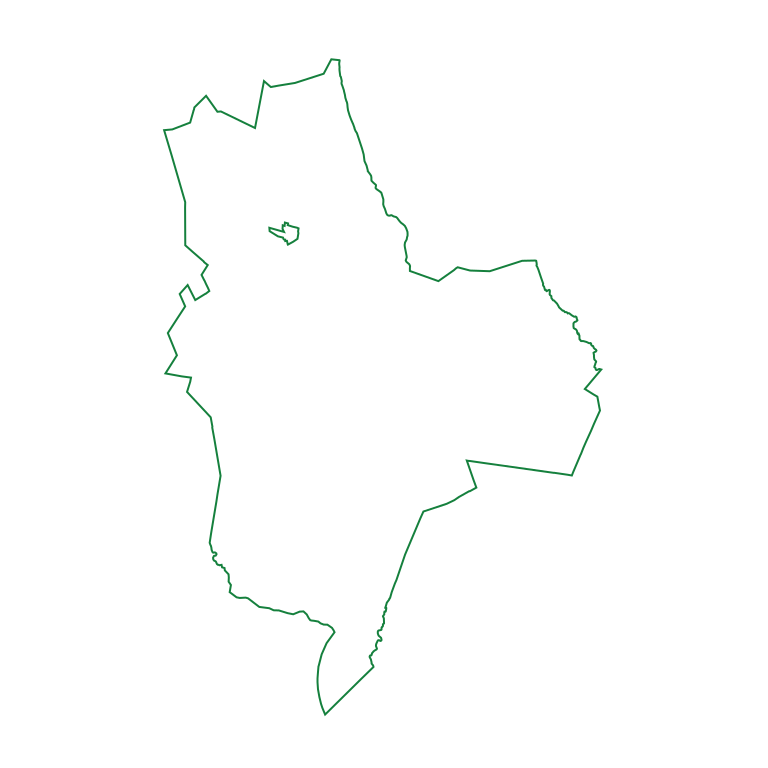 Gwanda, Matabeleland South, Zimbabwe, rotated 357°
{"feature_id": "62879985B81037274427079", "entity_name": "Gwanda", "entity_type": "district", "adm_level": 2, "iso_a3": "ZWE", "parent_name": "Zimbabwe", "parent_adm1": "Matabeleland South", "projection": "equal_earth", "projection_center": [29.396, -21.277], "detail": "fine", "context": "isolated", "style": "outline", "palette": "green", "viewbox_px": 768, "rotation_deg": 357, "n_neighbors": 0, "source": "geoboundaries", "source_scale": "gbopen_adm2", "svg_char_len": 6127}
<svg xmlns="http://www.w3.org/2000/svg" viewBox="0 0 768 768"><g transform="rotate(357 384 384)"><path d="M601.7,380.9L600.0,380.3L599.5,380.3L597.7,381.1L597.3,381.2L596.7,381.1L596.2,380.3L596.0,379.0L595.0,378.2L595.1,377.3L596.0,375.3L596.2,374.4L596.9,373.2L597.0,372.6L596.6,372.0L595.7,371.0L595.3,370.3L595.1,367.9L595.2,366.1L595.0,364.8L594.9,363.8L595.8,363.2L597.2,362.7L597.4,362.5L597.9,361.8L597.8,361.5L597.5,360.9L596.2,359.9L595.5,359.1L595.3,358.8L595.0,357.6L594.8,357.1L593.9,356.8L593.1,355.9L592.9,355.5L592.9,354.4L592.5,354.0L592.3,353.9L591.4,354.0L591.0,354.0L588.4,352.6L585.4,351.6L583.0,351.4L582.6,350.9L582.3,350.1L581.8,349.9L581.6,349.5L581.6,347.8L581.7,346.1L581.2,344.4L581.0,343.9L580.4,344.4L580.1,344.1L579.6,342.9L579.6,341.5L579.3,340.8L578.8,339.8L577.8,339.0L577.4,338.9L576.4,338.1L576.2,336.4L576.4,333.4L576.7,332.9L577.7,332.0L579.0,331.7L579.8,331.1L580.3,330.8L580.5,330.5L580.2,329.6L579.8,328.6L579.9,328.2L579.7,327.3L578.9,326.6L578.1,326.8L577.3,326.7L575.2,325.3L572.7,323.1L571.8,322.9L571.2,323.1L570.7,322.3L570.3,322.1L570.1,321.9L569.5,321.7L568.4,321.7L567.6,320.6L567.1,320.2L566.2,320.1L562.9,316.7L562.2,315.1L561.0,312.8L558.1,309.5L557.1,309.2L556.6,308.3L555.9,307.3L555.7,306.9L555.7,305.0L554.4,303.8L554.1,303.0L554.5,300.1L554.5,299.5L554.3,298.9L554.1,298.7L553.6,298.7L552.1,299.4L551.4,299.8L551.2,299.8L550.9,299.4L550.5,298.4L550.1,298.3L549.7,298.4L549.6,298.2L548.9,295.1L548.3,294.4L548.0,293.6L548.0,292.9L548.2,292.1L548.1,291.8L546.4,286.0L544.2,278.0L543.0,274.6L542.7,274.3L542.5,273.6L542.5,273.3L542.8,272.7L542.7,270.9L542.4,268.9L541.9,268.7L541.0,268.6L528.4,268.2L495.5,276.9L475.9,275.2L463.7,271.3L462.0,272.2L459.9,273.9L443.7,284.1L415.8,272.5L415.9,269.8L416.2,267.6L416.0,266.9L415.5,265.7L413.1,263.5L412.7,263.0L412.2,261.9L412.2,261.6L413.3,258.8L413.3,257.5L412.0,248.4L411.9,246.7L411.9,246.2L412.4,243.8L414.2,240.9L414.8,238.3L415.1,237.7L415.3,236.9L415.4,235.3L415.4,233.3L414.2,229.4L413.8,228.8L413.6,228.2L413.1,227.2L411.3,225.4L409.8,224.2L409.1,223.5L407.7,221.7L405.8,218.8L404.8,217.9L402.3,217.1L400.5,215.9L399.9,215.8L398.6,216.2L397.1,216.0L396.1,215.3L395.6,214.4L395.3,213.8L394.1,209.2L393.0,206.4L392.6,204.4L392.9,202.0L393.0,200.0L393.0,199.5L391.4,193.0L391.0,192.4L390.6,192.3L390.2,191.7L386.7,189.0L385.9,187.9L385.9,187.7L385.9,187.2L386.4,185.6L386.3,184.7L383.8,182.3L382.2,180.4L382.1,179.8L382.2,177.0L382.0,175.4L381.2,173.9L378.9,170.5L379.0,169.9L378.0,165.0L376.2,160.4L375.7,153.7L374.4,147.8L370.1,132.1L368.8,129.8L367.9,127.3L368.0,127.0L366.6,122.3L366.5,122.2L365.0,118.2L363.7,114.1L362.4,108.8L362.1,105.6L362.0,102.5L361.7,100.6L361.3,99.7L360.4,96.2L360.1,93.2L359.4,89.6L359.3,88.6L357.8,83.3L357.5,82.7L357.3,81.3L357.7,79.3L357.0,75.1L356.5,74.4L356.4,74.0L356.0,68.7L356.0,66.9L356.2,65.4L356.0,62.1L356.1,61.0L356.6,58.8L356.6,58.6L356.5,58.3L348.4,57.0L340.0,71.0L310.9,78.7L294.4,80.5L286.5,81.5L280.0,75.2L268.6,121.6L235.4,103.3L231.9,103.4L221.4,86.9L209.1,97.9L208.6,100.0L208.0,101.2L208.0,101.4L204.1,112.8L185.9,118.7L177.7,119.0L183.9,144.6L195.0,192.0L194.6,197.3L192.8,235.1L199.7,241.9L210.5,252.3L210.7,252.9L214.2,256.0L207.5,265.5L209.9,271.0L210.1,271.2L211.5,274.8L213.3,279.0L214.4,282.0L210.6,284.6L210.3,284.6L199.9,290.3L193.1,274.9L184.7,283.4L189.5,296.1L180.5,308.4L170.8,321.8L178.7,344.5L166.3,362.0L182.4,365.8L191.6,367.5L190.6,371.6L186.9,381.6L209.2,408.2L210.4,417.6L210.2,418.5L211.7,430.2L216.0,467.1L211.9,485.6L210.5,492.5L203.6,523.7L201.6,533.5L202.3,535.8L202.6,536.3L203.0,538.1L203.2,540.7L203.9,542.8L204.3,543.3L204.6,543.5L206.0,543.3L206.7,543.5L207.7,544.4L207.8,545.4L206.9,546.6L205.4,546.7L205.1,546.9L204.2,548.6L204.3,549.9L204.4,550.4L205.1,551.5L206.5,552.2L207.1,553.1L207.2,553.6L207.7,555.0L208.3,555.6L208.8,555.9L209.4,555.9L210.2,556.4L212.3,556.1L212.7,558.6L215.1,559.4L215.3,561.8L218.8,565.9L218.9,569.1L218.5,573.3L220.6,576.7L219.0,583.8L225.6,589.3L228.7,590.1L234.7,590.1L237.0,590.9L247.8,600.1L257.7,601.9L262.0,604.2L267.1,604.6L275.8,607.8L281.3,609.2L287.9,606.9L291.7,606.9L294.8,610.1L296.6,613.9L296.8,614.2L298.0,616.0L299.2,616.4L301.7,616.8L306.0,617.8L308.1,619.7L311.2,621.1L314.9,621.4L319.3,624.8L320.8,627.4L321.6,629.3L313.1,639.8L307.6,650.7L304.0,662.2L303.8,662.5L302.9,669.0L302.2,674.5L302.0,678.4L302.1,685.3L303.1,693.3L304.4,700.2L305.5,704.2L307.9,711.0L345.7,677.4L358.7,666.0L358.4,664.5L357.0,662.6L357.0,661.2L356.5,658.4L355.4,656.0L355.4,655.4L355.7,654.7L356.0,654.4L356.5,654.3L356.9,654.4L357.2,654.2L357.5,653.8L357.9,652.3L359.4,650.7L359.5,650.5L361.0,649.5L362.5,648.8L363.0,648.2L363.1,647.8L362.3,645.4L362.3,644.4L362.6,643.4L362.8,642.8L364.2,640.2L364.8,639.6L365.3,639.6L365.9,639.7L366.2,640.0L367.1,640.4L367.8,640.1L368.1,639.6L368.1,638.9L367.8,637.4L367.3,636.8L365.7,635.3L365.4,634.9L364.8,632.9L364.8,631.2L365.1,630.4L365.6,629.9L368.2,629.5L368.5,629.3L368.7,628.9L368.8,627.3L369.1,626.7L369.5,626.6L370.0,626.0L370.3,625.5L370.3,624.3L370.5,623.9L370.7,623.5L371.3,623.3L371.5,623.0L371.6,618.2L371.2,616.8L370.9,616.4L370.8,615.8L372.2,614.1L372.3,612.3L372.5,611.5L372.6,611.3L372.9,611.3L373.3,611.5L373.5,611.5L373.8,611.2L374.5,608.6L374.5,607.5L374.4,607.4L374.1,607.3L374.0,607.6L373.6,607.6L373.6,607.2L374.0,606.5L375.4,602.5L378.0,599.4L378.1,598.7L378.9,597.9L380.8,592.3L384.4,583.9L386.2,580.3L396.1,555.5L413.3,520.0L416.7,513.4L440.4,506.9L448.1,503.7L453.0,500.7L463.5,495.5L464.0,495.6L470.8,492.3L468.5,484.9L462.7,464.8L464.3,465.2L465.3,465.3L480.5,468.3L548.8,481.6L549.4,481.6L562.5,484.2L566.8,485.2L568.2,482.1L576.6,464.9L577.0,464.3L579.8,458.1L582.7,452.3L588.3,441.6L591.7,434.6L598.3,421.8L597.8,418.5L596.4,407.8L592.7,405.4L584.3,399.5L601.7,380.9ZM293.0,220.9L293.5,217.6L296.6,218.6L296.2,220.3L300.9,222.1L305.4,223.4L306.8,224.1L306.2,227.0L306.4,229.0L305.2,234.5L300.7,237.2L295.3,239.8L295.2,239.6L294.6,236.0L292.9,236.1L292.9,234.7L291.9,234.6L291.3,234.1L290.8,232.5L285.8,231.0L277.8,225.4L277.7,222.0L292.1,226.9L290.8,223.8L291.2,220.2L293.0,220.9Z" fill="none" stroke="#15803d" stroke-width="2"/></g></svg>